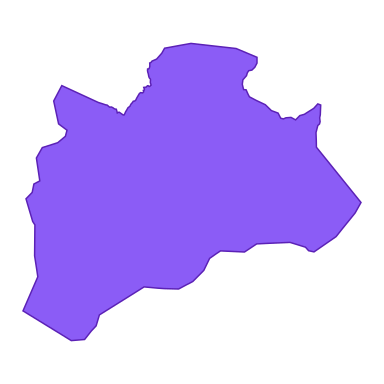 Nasarawa Egon, Nassarawa, Nigeria
{"feature_id": "59680162B44675208679717", "entity_name": "Nasarawa Egon", "entity_type": "district", "adm_level": 2, "iso_a3": "NGA", "parent_name": "Nigeria", "parent_adm1": "Nassarawa", "projection": "equal_earth", "projection_center": [8.399, 8.72], "detail": "fine", "context": "isolated", "style": "filled", "palette": "violet", "viewbox_px": 384, "rotation_deg": 0, "n_neighbors": 0, "source": "geoboundaries", "source_scale": "gbopen_adm2", "svg_char_len": 1952}
<svg xmlns="http://www.w3.org/2000/svg" viewBox="0 0 384 384"><path d="M23.0,310.9L71.3,340.6L84.6,339.5L91.3,331.0L96.1,325.9L99.4,314.9L144.1,286.9L157.2,288.1L164.1,288.6L178.6,289.0L187.2,284.4L188.7,283.7L192.8,281.5L203.8,270.4L209.6,258.4L216.0,253.9L220.5,250.9L229.2,251.3L244.5,252.0L256.7,243.9L268.7,243.3L290.0,242.4L297.2,244.6L305.5,247.2L308.6,250.7L314.0,251.9L336.1,236.6L342.3,228.8L355.1,213.0L361.0,202.5L316.4,147.2L316.3,140.7L316.0,132.6L317.8,125.5L319.5,124.0L320.1,121.7L319.7,117.8L320.3,114.8L320.7,105.0L317.8,103.9L313.7,108.4L307.0,112.6L304.4,114.3L299.8,115.6L295.6,119.9L291.0,117.4L285.9,117.8L283.4,118.9L280.7,118.2L278.1,113.1L271.4,110.6L265.3,104.7L256.2,100.4L249.4,96.8L248.0,94.1L246.1,89.8L243.6,89.6L242.3,84.3L242.9,79.8L246.5,75.7L247.3,72.9L248.7,70.7L251.9,70.1L254.8,67.3L257.0,63.1L257.0,57.3L236.1,48.5L218.3,46.5L191.7,43.5L191.0,43.4L188.3,43.9L184.9,44.5L180.4,45.3L168.5,47.5L164.6,48.2L161.8,53.2L156.6,59.1L152.0,61.1L150.9,62.5L149.7,63.0L149.8,64.2L149.8,66.4L149.4,67.9L148.7,68.9L147.6,69.0L147.5,70.3L147.7,71.9L148.3,73.9L148.7,76.1L149.2,77.7L150.4,79.1L150.5,79.9L150.4,81.0L150.3,82.5L151.1,85.1L149.7,86.4L149.1,86.5L148.1,85.7L147.4,85.8L146.2,87.1L143.7,87.4L143.8,87.9L144.4,88.6L144.4,89.3L144.3,90.0L143.8,90.2L143.3,90.4L143.7,91.8L142.7,92.9L140.6,92.6L139.4,93.5L138.1,95.7L136.6,98.3L135.9,99.9L134.6,101.1L133.3,101.2L132.3,102.7L131.3,103.7L130.5,105.0L129.9,106.3L128.0,107.7L126.9,109.7L125.6,111.8L124.7,113.9L124.0,115.0L123.1,114.9L119.2,112.2L118.3,112.4L117.3,112.9L116.9,111.3L116.3,109.2L115.7,109.2L114.2,108.7L113.2,107.9L111.5,107.0L109.5,107.1L107.2,105.1L105.5,104.8L102.0,103.6L98.4,102.5L61.8,85.6L53.7,101.0L58.6,123.9L67.0,130.2L65.4,136.3L57.7,142.7L42.3,147.6L36.4,158.0L39.8,180.9L33.9,184.0L32.2,192.4L26.0,198.8L30.4,213.7L32.7,221.5L34.9,224.9L34.6,255.8L36.7,269.3L37.8,276.8L23.0,310.9Z" fill="#8b5cf6" stroke="#5b21b6" stroke-width="1.5"/></svg>